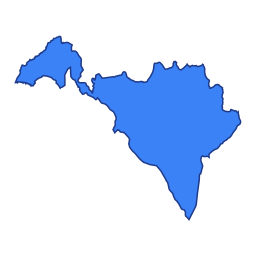 Lampung Barat, Lampung, Indonesia
{"feature_id": "22746128B74428971192525", "entity_name": "Lampung Barat", "entity_type": "district", "adm_level": 2, "iso_a3": "IDN", "parent_name": "Indonesia", "parent_adm1": "Lampung", "projection": "equal_earth", "projection_center": [104.16, -5.077], "detail": "fine", "context": "isolated", "style": "filled", "palette": "blue", "viewbox_px": 256, "rotation_deg": 0, "n_neighbors": 0, "source": "geoboundaries", "source_scale": "gbopen_adm2", "svg_char_len": 5538}
<svg xmlns="http://www.w3.org/2000/svg" viewBox="0 0 256 256"><path d="M83.2,70.0L82.5,68.2L81.8,67.3L81.1,65.9L81.2,59.2L80.7,58.0L78.5,55.3L77.3,52.9L76.7,52.4L76.2,51.7L75.4,51.2L73.3,51.0L72.1,51.3L71.7,50.9L71.4,49.3L71.5,46.7L72.2,45.0L68.5,42.8L67.5,42.5L66.7,42.4L64.5,42.9L64.0,42.9L63.5,42.5L63.1,42.6L62.5,43.4L62.0,43.4L61.7,43.2L61.2,41.5L61.1,40.3L61.2,39.1L60.9,38.3L60.6,36.7L59.2,36.4L57.8,37.2L56.9,37.3L55.3,38.5L53.6,38.5L52.7,40.4L51.1,40.6L50.4,42.3L48.1,42.8L46.8,46.4L46.0,47.1L46.3,47.6L45.9,48.1L46.1,48.7L45.9,49.0L44.8,50.4L44.1,50.5L43.3,51.6L42.1,52.2L42.0,52.7L41.7,52.6L40.6,53.0L40.6,53.6L39.4,54.0L39.3,54.7L39.0,55.4L38.2,55.5L37.6,56.1L37.2,56.1L36.9,56.4L36.2,56.5L35.9,56.2L35.3,56.6L35.3,57.4L34.5,57.6L34.2,59.0L33.8,59.3L32.8,59.2L31.6,60.2L29.9,59.5L29.4,60.7L27.0,62.6L26.7,63.4L26.8,64.1L26.2,65.1L25.3,65.7L23.7,65.7L23.0,65.2L22.2,65.1L21.0,67.7L20.8,69.3L20.0,70.2L19.9,70.9L20.4,72.1L20.3,73.2L19.5,74.8L17.2,78.0L15.4,82.6L16.9,82.5L17.2,82.0L17.6,82.6L17.7,82.3L18.3,81.9L19.0,81.9L20.6,82.2L20.9,82.0L21.3,82.3L21.6,82.2L21.9,82.4L22.1,82.2L22.5,82.3L22.7,82.7L23.1,82.4L23.5,82.9L23.7,82.6L24.2,82.4L24.4,82.7L25.2,82.7L25.5,83.2L25.9,83.0L26.0,83.5L26.3,83.0L27.3,83.1L27.6,83.6L28.1,83.9L28.8,83.9L29.0,84.2L29.7,84.4L30.1,85.1L30.5,85.1L30.7,84.8L31.1,86.0L31.7,85.5L32.9,85.9L34.2,84.3L34.2,83.6L34.9,83.5L35.2,83.0L35.1,82.2L34.6,81.5L34.9,81.0L38.8,78.1L41.0,77.4L42.3,76.5L42.7,75.7L46.6,76.0L51.2,77.4L53.5,79.6L55.6,80.3L56.2,81.1L56.3,81.8L56.1,83.0L57.0,83.7L58.2,85.0L59.2,86.4L60.2,88.2L60.9,87.5L62.6,86.9L64.9,85.3L64.9,78.0L64.7,75.7L64.8,75.0L66.6,71.2L67.8,69.0L70.4,67.3L70.9,76.6L72.5,78.9L74.6,80.1L75.0,80.1L75.4,81.4L76.0,82.3L76.8,84.4L77.7,85.8L78.2,87.2L78.7,86.8L79.4,87.4L79.9,88.7L79.9,89.2L79.5,89.8L80.0,90.8L80.8,92.0L82.7,94.3L84.1,93.9L84.9,93.2L86.5,92.9L86.9,93.1L87.3,94.2L87.8,94.9L93.5,97.5L95.8,99.7L96.3,99.5L96.8,99.0L97.4,97.8L97.8,98.0L101.4,102.9L105.3,104.1L105.9,104.7L107.0,105.3L110.2,109.6L113.2,111.6L113.8,112.2L115.1,114.9L115.9,116.8L116.2,118.0L116.0,119.8L115.3,120.8L115.1,122.3L115.2,123.3L115.0,125.9L114.7,126.5L113.9,127.4L113.8,128.4L113.0,129.5L114.8,132.8L116.6,130.8L117.7,129.9L118.0,130.3L118.8,130.2L119.8,131.1L120.0,131.7L120.8,132.1L122.3,132.2L123.8,132.7L124.1,132.5L128.8,137.7L129.6,139.7L130.4,139.7L129.8,139.8L129.5,140.1L129.2,141.0L129.2,141.9L128.8,143.5L128.9,144.5L129.3,145.3L129.3,145.9L129.7,147.2L130.8,148.9L132.8,151.3L135.4,153.7L138.1,157.1L140.1,159.3L143.4,162.2L150.0,164.6L155.9,165.6L156.8,166.0L160.8,170.8L165.5,178.9L166.4,181.0L167.3,181.9L167.7,182.7L168.5,185.9L168.8,187.8L169.5,189.9L172.4,193.1L172.8,193.8L173.5,196.0L175.0,199.4L176.9,201.2L178.3,203.1L180.1,206.2L181.4,208.8L181.9,209.2L183.8,209.8L184.3,210.1L185.2,211.5L185.4,212.4L185.4,214.7L185.6,215.9L187.5,217.7L189.0,219.6L195.8,206.2L196.3,204.0L197.5,192.7L199.2,180.4L199.5,174.6L200.2,173.9L200.7,173.8L202.7,165.9L200.7,160.2L201.3,157.2L202.0,156.3L201.7,155.6L202.1,156.1L202.9,156.0L203.7,156.5L205.3,156.6L206.6,156.3L207.8,156.4L209.1,157.3L208.9,155.0L209.1,154.4L209.4,153.7L212.2,151.3L214.0,150.0L217.5,148.4L219.6,145.9L220.6,144.1L222.5,143.5L223.1,142.3L224.6,140.9L226.5,140.0L228.3,138.1L229.4,137.7L229.9,137.2L231.2,135.8L233.0,132.7L235.9,129.1L237.3,125.9L237.6,125.5L238.8,124.9L239.8,124.2L240.6,122.5L240.5,121.0L239.0,117.8L239.0,116.6L238.5,114.5L238.2,112.0L237.9,112.4L237.2,112.3L235.9,110.8L234.4,111.0L233.3,110.3L232.0,110.0L231.1,109.5L230.7,109.7L230.4,111.2L229.8,111.5L228.9,111.7L225.6,111.4L223.8,110.6L222.5,109.7L222.3,108.8L222.5,107.2L221.9,106.1L222.7,104.3L222.8,102.1L222.6,100.6L223.0,98.6L222.3,97.6L222.0,96.6L222.4,94.5L223.1,92.3L222.6,90.5L222.8,89.6L222.2,88.9L222.5,87.9L221.3,86.9L219.8,86.0L218.7,84.7L217.3,84.5L215.3,85.0L213.6,86.8L210.5,88.2L210.1,88.3L209.7,88.1L209.6,87.9L209.6,86.6L208.9,86.0L208.7,84.9L208.7,83.1L209.4,80.9L208.9,79.9L207.5,79.0L206.8,78.3L206.1,76.9L205.4,75.9L204.7,72.4L204.6,69.9L204.8,69.4L204.5,68.0L204.3,67.2L203.5,66.0L203.3,65.0L202.7,64.3L201.8,65.3L199.0,66.4L198.3,66.3L197.4,66.7L196.3,65.6L193.3,65.9L192.5,65.4L191.1,65.9L189.9,67.1L189.4,66.9L188.8,65.6L187.8,65.4L187.1,64.2L186.7,65.0L185.6,66.1L185.5,66.4L185.3,66.4L183.4,68.2L181.0,69.9L180.1,69.7L178.7,68.7L177.8,66.6L176.9,66.0L176.6,65.4L176.2,63.7L176.6,62.7L176.1,62.4L175.8,61.8L175.5,61.8L175.1,61.4L174.4,61.9L173.9,61.7L173.8,61.9L173.2,63.7L173.3,65.5L171.8,67.4L170.9,68.0L170.0,67.8L168.0,68.8L165.6,69.2L165.1,69.1L164.6,68.6L162.3,64.9L160.3,62.8L159.6,62.4L159.1,62.3L156.4,63.4L154.6,63.3L154.2,63.9L153.5,69.3L152.7,72.2L150.0,77.2L147.9,79.9L147.4,81.4L145.0,82.4L143.8,82.0L143.3,82.4L142.9,82.3L142.5,81.7L141.3,81.4L138.4,82.0L135.1,81.7L132.9,80.5L130.8,79.8L129.1,78.3L128.6,78.4L127.8,77.5L126.9,76.9L126.5,75.6L126.5,74.9L125.6,72.6L125.0,72.0L123.9,71.8L123.3,72.1L122.6,72.9L121.6,75.0L118.7,75.5L115.3,76.4L114.9,76.9L114.2,77.1L113.5,76.7L103.5,78.1L102.1,78.0L99.3,74.1L98.4,73.9L96.3,74.9L95.8,75.5L95.9,75.9L95.6,77.7L95.3,78.6L95.1,79.7L94.4,80.0L93.8,78.5L92.8,78.3L92.0,79.0L91.8,80.8L93.0,83.1L94.3,83.5L94.2,84.0L92.8,86.1L93.1,86.7L93.8,87.1L93.9,87.6L93.7,88.3L93.1,88.9L93.0,89.7L92.8,90.2L93.0,90.9L92.9,91.5L92.6,92.5L92.3,92.8L92.1,92.2L91.6,91.9L91.6,91.6L90.8,90.7L90.0,90.3L89.4,89.7L89.0,89.1L88.7,87.3L88.1,86.5L86.6,85.6L86.1,83.9L85.5,83.1L84.5,82.7L80.1,82.8L78.2,81.8L77.9,80.5L79.3,77.8L80.5,76.8L80.9,76.1L80.8,75.4L80.3,74.9L80.8,73.1L83.2,70.0Z" fill="#3b82f6" stroke="#1e3a8a" stroke-width="1.5"/></svg>